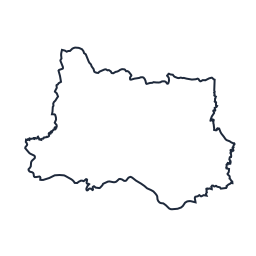 outline of Dong Trieu, Quảng Ninh, Vietnam, rotated 354°
{"feature_id": "81297802B3249391660958", "entity_name": "Dong Trieu", "entity_type": "district", "adm_level": 2, "iso_a3": "VNM", "parent_name": "Vietnam", "parent_adm1": "Quảng Ninh", "projection": "orthographic", "projection_center": [106.583, 21.119], "detail": "fine", "context": "isolated", "style": "outline", "palette": "slate", "viewbox_px": 256, "rotation_deg": 354, "n_neighbors": 0, "source": "geoboundaries", "source_scale": "gbopen_adm2", "svg_char_len": 5816}
<svg xmlns="http://www.w3.org/2000/svg" viewBox="0 0 256 256"><g transform="rotate(354 128 128)"><path d="M35.3,170.3L36.3,170.6L38.1,170.8L44.5,169.5L50.2,167.4L55.0,167.6L59.4,168.4L60.5,169.0L66.3,173.1L67.4,174.1L68.5,175.5L69.2,177.0L71.7,177.4L73.4,176.3L75.8,175.4L77.3,175.7L78.1,176.2L78.5,176.2L80.9,174.5L81.5,174.6L81.9,175.2L81.1,178.0L81.2,178.6L81.7,179.2L83.0,179.4L83.5,179.8L81.7,181.4L80.3,183.8L80.2,185.0L80.5,185.6L80.8,185.8L81.6,185.6L82.8,184.4L83.6,184.2L84.5,184.4L85.3,185.0L86.2,186.0L86.5,185.9L86.8,185.4L86.6,184.6L86.7,183.3L86.8,183.0L87.7,182.4L88.2,182.4L89.6,183.9L93.0,184.7L93.5,184.7L94.1,184.4L96.5,182.3L97.4,180.9L102.4,179.2L104.0,179.2L107.8,180.4L109.3,180.5L110.8,180.1L113.7,177.9L114.7,177.8L116.6,178.5L118.7,180.2L120.2,180.3L120.9,179.9L122.6,178.1L123.4,177.4L125.0,176.9L125.6,176.9L127.0,177.8L130.5,181.2L135.2,184.7L138.2,187.3L140.7,190.0L144.2,192.0L146.6,193.7L148.5,196.2L149.5,197.9L149.9,199.0L149.9,202.2L150.5,203.9L151.6,205.4L152.8,206.1L155.3,206.7L157.6,208.8L160.5,212.3L161.8,213.1L163.2,213.4L168.9,213.5L172.5,212.6L174.4,211.3L177.0,208.2L179.2,207.2L181.3,207.1L182.7,207.3L187.4,209.0L187.1,204.7L187.3,204.1L187.8,203.4L190.2,203.2L191.9,202.2L193.3,203.5L193.9,203.6L196.2,202.7L199.1,203.5L198.6,201.8L198.9,201.1L199.7,200.4L199.7,200.0L199.4,199.0L199.9,197.6L199.5,197.1L199.6,196.6L200.5,196.4L201.8,196.9L202.5,196.6L204.9,197.6L205.0,196.2L204.7,195.1L205.6,194.1L206.6,194.2L207.5,195.1L208.0,195.2L209.4,194.7L209.7,194.8L210.0,195.3L210.8,195.8L213.2,196.6L214.0,198.0L219.4,197.9L220.1,196.9L219.9,196.5L219.9,196.1L222.2,194.6L223.4,194.3L224.7,193.3L225.0,193.3L225.5,193.7L226.1,193.8L226.1,192.1L225.2,191.3L224.3,189.4L223.7,188.9L224.1,187.4L223.8,186.2L222.7,185.1L222.2,184.3L222.2,183.9L223.4,182.7L223.9,181.1L224.2,179.3L221.7,178.5L221.6,177.8L222.1,177.6L221.9,176.9L222.1,175.8L222.3,175.2L222.2,174.7L222.6,174.4L223.2,174.5L223.2,173.8L223.6,173.7L223.7,173.2L224.1,173.3L225.0,174.2L226.0,174.2L226.5,172.7L225.9,172.4L225.9,172.1L226.4,171.4L226.3,171.0L225.5,170.1L225.5,169.8L226.2,167.7L226.6,167.5L227.4,167.6L227.7,166.7L227.7,164.4L227.3,164.0L227.4,163.2L227.9,163.0L228.1,162.6L227.7,161.5L227.6,160.8L228.0,160.5L228.9,160.3L229.0,160.9L229.8,161.1L230.0,161.7L230.5,161.4L230.2,158.9L230.0,158.3L230.2,158.1L230.9,158.1L230.8,157.3L231.3,156.3L231.3,156.1L232.0,155.6L232.3,155.1L232.0,154.3L231.2,154.2L229.3,153.2L227.7,151.8L224.7,150.3L223.7,149.1L222.4,146.7L220.2,143.2L219.5,141.5L218.6,138.1L218.3,138.0L217.9,138.5L217.6,138.4L217.1,137.7L216.6,137.9L216.1,138.5L216.0,139.4L215.8,139.5L215.1,139.5L213.4,138.9L213.7,137.1L213.6,136.3L213.6,133.2L213.4,132.5L213.5,131.2L213.2,130.1L214.0,129.7L214.0,128.8L213.1,128.3L211.0,129.4L210.8,129.3L211.3,127.8L212.6,125.2L215.2,122.1L215.2,121.5L214.6,120.2L214.7,119.6L215.4,119.3L216.5,119.7L216.7,119.3L216.3,117.8L216.3,117.1L218.2,116.3L218.9,115.4L217.9,114.8L218.0,114.0L217.9,113.4L218.3,111.9L218.1,111.4L217.1,111.0L217.0,110.6L217.4,110.2L217.6,108.0L218.1,107.4L218.2,106.8L218.7,106.0L217.4,104.9L217.2,104.4L217.7,103.6L217.5,102.7L217.7,102.1L217.4,101.6L218.0,101.0L217.7,99.7L219.2,89.0L218.4,88.6L216.8,86.8L216.3,86.7L213.9,87.1L210.0,88.6L207.3,88.2L205.6,89.0L204.8,89.1L204.0,88.3L203.3,86.8L202.5,86.2L200.4,86.6L196.6,86.5L191.3,85.0L188.7,84.0L187.7,84.1L185.7,83.4L183.8,83.7L182.5,83.4L179.7,81.9L179.2,81.4L178.1,79.7L175.8,79.2L174.4,78.3L174.0,78.3L173.3,79.3L172.4,79.9L172.5,80.4L173.5,81.7L173.8,82.5L173.8,84.8L173.5,85.9L172.8,87.6L172.2,88.1L171.6,88.0L170.3,86.0L169.8,85.7L169.1,85.4L167.5,85.2L166.3,85.3L165.0,85.9L163.5,86.0L161.0,85.7L158.2,85.1L156.9,85.6L154.7,85.5L151.2,86.1L150.8,85.8L150.6,85.3L150.3,82.8L149.7,81.0L148.8,79.6L148.0,79.1L146.0,78.9L144.3,79.4L139.5,79.6L136.4,80.2L135.4,80.1L135.2,79.8L135.2,78.4L135.8,77.3L136.8,76.3L136.7,75.5L134.6,72.2L133.5,71.4L132.0,71.3L131.1,69.7L130.5,69.3L128.7,68.9L127.9,68.9L126.1,69.4L124.6,70.3L122.9,70.8L121.5,70.9L119.1,72.0L117.7,71.7L117.3,71.3L116.8,69.9L115.0,68.4L113.6,68.5L112.4,67.5L111.7,67.3L110.6,67.4L105.5,69.0L104.2,70.1L102.9,69.9L101.4,69.3L100.4,68.5L100.2,67.7L99.9,65.7L98.3,63.0L97.8,60.9L96.4,59.1L95.9,57.9L93.7,50.3L92.1,48.9L91.8,47.1L90.5,44.9L88.1,43.5L87.1,43.1L83.8,42.5L82.2,42.8L80.9,43.3L78.4,45.3L76.5,45.2L75.0,45.7L73.3,44.4L70.5,43.4L69.4,46.7L69.1,48.5L69.1,52.0L68.2,53.0L67.8,54.0L69.6,60.4L69.6,61.6L69.2,62.2L65.6,63.0L64.9,63.7L65.8,69.1L66.2,75.1L63.7,76.2L62.8,77.3L61.5,77.8L61.3,78.3L61.4,80.2L61.3,80.7L59.4,83.5L59.1,84.2L60.8,86.1L61.7,89.4L60.3,91.0L58.7,93.1L57.0,94.5L56.2,95.9L56.2,98.1L55.4,99.2L54.6,103.9L53.8,106.4L56.2,106.7L56.8,107.1L57.0,107.6L57.4,109.9L57.3,112.2L55.7,115.1L57.3,117.6L57.3,118.9L56.9,119.5L56.8,120.2L56.6,120.3L56.2,119.6L55.6,119.6L55.1,120.0L55.0,120.4L56.0,121.1L55.7,121.7L55.4,121.8L53.7,121.8L53.3,122.5L52.2,123.0L52.1,124.0L51.7,124.4L50.9,123.6L50.4,124.0L50.3,125.0L49.5,124.6L48.9,124.8L48.7,125.2L49.5,125.4L49.7,125.7L49.0,126.1L48.7,126.9L48.7,127.5L48.4,127.9L47.1,128.5L46.5,128.2L45.9,128.6L43.4,128.7L42.7,129.7L41.7,129.6L40.9,130.0L40.2,130.0L40.3,130.7L38.5,130.1L38.4,128.9L38.0,128.4L37.6,127.2L37.3,127.3L36.9,128.4L36.2,128.9L35.5,128.8L34.7,128.2L33.3,128.1L33.2,128.3L33.8,128.8L33.7,129.1L32.2,128.5L30.3,128.7L28.9,128.0L28.5,128.4L28.8,129.4L28.7,129.7L28.2,129.5L27.5,128.7L27.1,128.7L26.6,129.4L25.4,128.9L24.9,131.2L25.6,132.3L26.0,134.0L25.7,134.6L23.9,136.4L23.7,137.4L27.2,142.5L28.2,143.4L31.8,145.6L32.3,146.3L32.4,147.1L32.1,148.2L31.9,148.4L29.2,150.4L28.4,151.3L28.0,152.3L27.3,156.0L26.4,157.2L24.8,158.6L24.7,159.3L25.1,160.3L25.5,160.9L26.1,161.3L28.1,162.0L29.0,162.8L29.3,163.6L29.4,166.2L30.0,167.0L31.4,167.2L34.9,167.0L35.4,167.4L35.7,168.3L35.3,170.3Z" fill="none" stroke="#1e293b" stroke-width="2"/></g></svg>